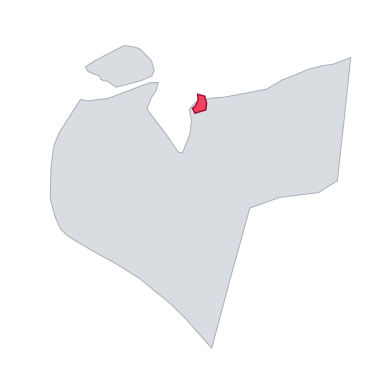 where Hawalli sits in Kuwait, rotated 277°
{"feature_id": "KWT-3506", "entity_name": "Hawalli", "entity_type": "Province", "adm_level": 1, "iso_a3": "KWT", "parent_name": "Kuwait", "parent_adm1": "", "projection": "orthographic", "projection_center": [48.031, 29.332], "detail": "fine", "context": "in_parent", "style": "filled", "palette": "rose", "viewbox_px": 384, "rotation_deg": 277, "n_neighbors": 0, "source": "natural_earth", "source_scale": "10m", "svg_char_len": 1157}
<svg xmlns="http://www.w3.org/2000/svg" viewBox="0 0 384 384"><g transform="rotate(277 192 192)"><path d="M344.7,333.1L316.8,333.6L281.6,334.2L253.1,334.5L220.9,334.9L206.8,317.5L202.1,298.6L197.1,279.1L183.1,251.3L136.1,244.4L111.2,240.6L70.1,234.9L39.3,230.6L65.6,201.0L77.8,185.1L99.8,150.6L111.2,126.0L122.2,98.7L131.6,77.4L133.6,73.5L139.0,66.3L150.9,59.0L168.1,52.1L197.1,49.2L217.5,49.1L222.0,49.5L234.9,53.0L270.4,70.1L269.6,76.9L274.6,97.0L286.0,119.0L295.4,136.8L296.5,145.1L287.9,143.9L281.4,140.5L268.9,137.0L244.7,160.6L230.0,173.5L229.6,177.8L249.1,182.8L263.4,182.7L273.4,179.2L281.9,184.8L287.5,199.4L289.7,211.2L303.1,253.4L314.1,267.7L328.0,292.9L333.2,305.9L336.2,316.9L344.7,333.1ZM317.5,135.6L308.4,139.7L302.3,138.0L296.4,128.1L286.7,103.7L291.9,94.6L291.7,90.7L292.8,87.8L295.7,85.9L298.8,74.4L303.0,70.9L309.8,78.6L329.0,106.6L328.8,118.1L327.7,122.7L317.5,135.6Z" fill="#d9dde1" stroke="#a8b0b8" stroke-width="1"/><path d="M275.1,182.2L275.4,182.7L277.7,184.9L279.4,185.4L283.8,187.0L289.7,185.7L288.7,193.0L281.7,195.7L275.1,195.7L272.4,189.3L270.5,185.5L275.1,182.2Z" fill="#f43f5e" stroke="#9f1239" stroke-width="1.5"/></g></svg>